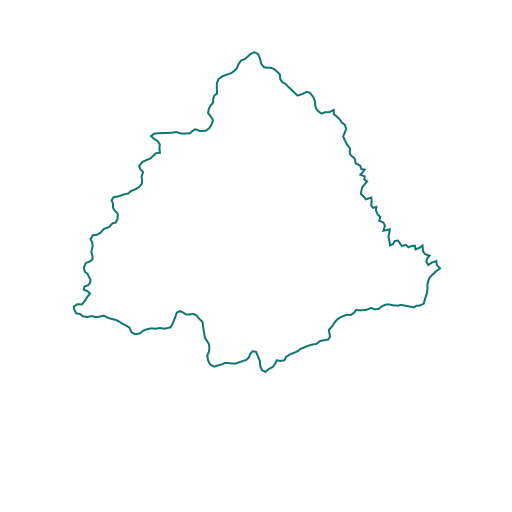 Estrela do Indaiá, Minas Gerais, Brazil (orthographic projection), rotated 131°
{"feature_id": "56859067B45497715558707", "entity_name": "Estrela do Indaiá", "entity_type": "district", "adm_level": 2, "iso_a3": "BRA", "parent_name": "Brazil", "parent_adm1": "Minas Gerais", "projection": "orthographic", "projection_center": [-45.808, -19.573], "detail": "fine", "context": "isolated", "style": "outline", "palette": "teal", "viewbox_px": 512, "rotation_deg": 131, "n_neighbors": 0, "source": "geoboundaries", "source_scale": "gbopen_adm2", "svg_char_len": 3994}
<svg xmlns="http://www.w3.org/2000/svg" viewBox="0 0 512 512"><g transform="rotate(131 256 256)"><path d="M117.9,395.5L123.0,395.0L127.2,393.6L130.6,393.8L134.2,394.7L138.3,397.0L142.7,399.4L147.0,400.3L151.4,398.8L155.8,395.0L159.1,391.9L162.0,392.7L165.4,391.5L168.5,388.9L171.6,389.1L176.5,387.9L179.7,385.8L180.3,381.8L181.6,377.7L185.5,376.0L189.6,375.1L194.3,376.0L198.2,379.9L200.3,385.1L203.7,386.0L207.0,386.5L209.7,389.5L212.0,391.8L213.5,394.7L214.9,397.7L217.4,399.6L220.3,402.5L223.6,406.2L227.2,410.0L230.5,413.2L234.4,413.9L234.4,409.8L233.8,405.6L234.9,401.8L238.7,399.0L241.1,396.2L244.2,399.0L247.3,399.3L251.5,399.6L255.1,401.5L259.8,403.5L264.8,403.3L266.4,400.1L266.7,396.3L271.0,394.6L273.4,391.7L276.2,389.6L280.4,389.4L284.8,390.8L289.3,393.1L292.6,393.4L295.3,395.5L298.6,397.4L301.8,399.3L305.1,402.1L308.7,401.5L310.3,398.3L313.4,395.5L314.4,392.2L314.8,388.2L318.6,384.9L322.8,383.8L325.7,385.8L330.3,385.8L335.5,388.6L340.5,388.6L344.6,390.1L347.2,392.7L351.9,391.9L353.2,388.4L356.0,385.5L360.8,383.1L363.2,379.5L365.8,377.2L369.4,377.9L372.7,379.8L377.7,378.4L380.2,374.8L380.0,371.5L381.3,368.4L382.4,365.5L384.9,363.6L388.5,363.6L391.5,365.5L394.4,363.8L393.1,360.0L393.3,356.5L397.8,356.5L403.1,355.7L406.9,355.7L409.6,359.2L413.8,360.3L415.9,357.6L417.2,354.0L415.1,350.6L415.1,347.1L412.7,343.2L409.0,340.5L407.5,337.2L405.2,334.8L401.0,331.9L399.7,327.1L398.0,323.1L396.4,320.3L395.3,316.7L394.8,312.7L393.8,308.9L393.1,304.4L395.3,299.8L394.5,296.2L390.8,292.9L386.0,292.0L382.7,290.1L379.2,287.5L376.9,284.2L373.7,281.6L370.8,277.3L366.1,273.8L362.3,274.4L358.1,275.8L353.9,277.3L350.7,278.7L347.4,277.1L346.5,274.0L346.0,270.4L343.9,268.0L341.0,265.4L339.8,262.1L340.5,258.9L340.9,253.0L344.3,249.3L346.6,246.6L349.0,243.5L351.3,240.9L352.1,237.8L353.3,233.9L356.4,230.4L359.8,228.5L363.0,227.5L366.1,224.0L368.0,219.2L366.9,214.9L364.0,213.2L360.5,210.9L356.8,209.0L354.8,206.4L352.8,203.5L350.7,200.9L347.4,199.1L344.2,197.1L340.8,195.2L337.2,194.8L334.0,196.0L330.2,196.1L328.3,193.1L330.2,189.3L332.7,184.3L336.4,180.5L338.2,176.6L337.4,173.0L333.1,172.2L328.6,170.5L324.4,170.9L321.1,171.9L319.3,168.8L316.1,166.2L312.6,167.1L307.8,165.7L303.1,163.3L300.1,161.9L296.9,161.5L294.3,160.1L290.2,158.1L286.0,155.5L283.0,152.9L278.0,151.8L274.6,149.1L271.7,146.7L268.3,147.2L266.3,149.7L263.9,152.6L259.3,152.4L255.5,153.0L250.7,153.1L246.2,151.8L241.1,149.1L238.0,145.6L234.6,144.8L231.2,145.0L228.1,141.1L224.3,137.4L219.8,135.1L218.3,131.3L215.5,128.8L211.2,127.9L207.2,126.0L204.8,123.1L203.2,120.0L200.5,116.5L197.9,114.6L196.0,111.5L193.4,107.0L191.4,103.4L188.2,102.2L185.8,99.8L181.9,98.1L177.6,100.3L174.4,101.6L171.5,102.8L168.1,105.3L164.0,108.6L158.8,110.8L153.9,110.6L148.8,110.0L144.7,109.0L144.1,113.6L141.6,116.6L145.6,119.0L149.8,120.1L148.5,123.8L145.1,125.3L141.8,125.3L143.7,129.3L143.0,132.9L138.8,137.2L142.3,137.9L146.4,140.0L144.0,142.8L146.3,145.1L149.4,146.7L149.3,150.2L152.8,152.4L151.2,159.0L153.8,161.2L157.2,160.3L160.1,161.9L157.4,164.8L154.5,168.7L150.8,170.7L148.1,172.6L150.7,174.4L153.3,176.4L148.6,178.5L147.1,181.9L148.6,186.1L145.0,187.8L144.8,191.6L142.7,195.7L140.0,197.4L142.9,199.2L142.2,202.3L139.0,204.5L136.2,207.3L141.1,210.2L140.5,213.4L140.4,217.5L137.8,219.2L134.3,220.9L130.2,221.1L126.8,221.1L127.2,224.5L124.6,226.2L126.2,230.6L122.9,230.4L119.5,230.7L121.3,233.5L119.5,236.6L120.7,241.5L117.7,245.6L117.8,250.9L115.9,253.7L113.1,255.5L112.3,260.2L110.7,264.2L108.6,268.7L104.9,269.9L101.0,271.3L98.7,274.9L99.0,278.9L97.9,282.8L97.7,286.8L97.9,290.4L94.8,293.2L99.5,295.1L102.1,298.2L105.5,299.9L105.9,303.6L105.4,307.2L103.4,310.3L101.0,312.4L98.7,316.3L97.4,322.4L98.9,325.5L103.1,327.1L107.7,330.0L107.6,333.4L107.2,339.4L107.1,343.6L106.7,346.9L107.6,350.0L106.7,353.6L103.3,357.2L103.0,361.5L103.1,364.8L104.3,368.5L106.7,371.2L108.3,373.8L107.6,378.1L104.5,382.3L102.2,387.0L103.3,390.9L107.1,392.6L111.0,393.1L114.9,393.6L117.9,395.5Z" fill="none" stroke="#0f766e" stroke-width="2"/></g></svg>